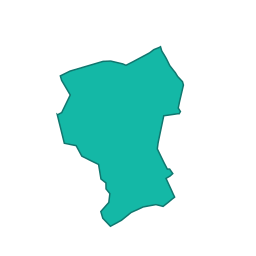 Um Rimta, White Nile, Sudan, rotated 141°
{"feature_id": "16777658B63870425694852", "entity_name": "Um Rimta", "entity_type": "district", "adm_level": 2, "iso_a3": "SDN", "parent_name": "Sudan", "parent_adm1": "White Nile", "projection": "albers", "projection_center": [31.887, 14.607], "detail": "fine", "context": "isolated", "style": "filled", "palette": "teal", "viewbox_px": 256, "rotation_deg": 141, "n_neighbors": 0, "source": "geoboundaries", "source_scale": "gbopen_adm2", "svg_char_len": 1125}
<svg xmlns="http://www.w3.org/2000/svg" viewBox="0 0 256 256"><g transform="rotate(141 128 128)"><path d="M174.5,183.0L178.1,175.4L181.5,168.1L187.1,156.2L179.4,146.9L181.6,135.2L177.4,125.9L173.8,118.2L181.1,105.4L179.7,99.2L183.4,94.5L183.4,88.4L189.8,82.2L201.7,80.2L204.4,73.7L203.5,62.7L191.1,60.4L178.8,60.4L165.9,57.1L160.7,54.3L154.5,50.9L151.4,46.8L150.1,45.0L143.8,44.9L137.8,45.0L135.3,44.9L135.2,45.1L134.6,47.7L133.2,53.0L130.2,64.9L125.5,64.2L121.9,64.4L121.8,65.7L121.5,69.6L121.5,69.9L123.3,71.3L121.9,78.2L120.4,84.7L118.4,93.3L114.2,97.3L113.6,97.8L112.3,98.9L110.8,100.1L106.9,103.3L99.4,109.4L92.5,115.0L88.5,112.6L83.1,109.4L81.4,108.4L80.4,107.8L79.3,106.9L76.9,107.8L76.4,111.9L73.1,114.6L71.3,116.1L68.7,118.1L57.9,126.5L56.5,129.7L57.0,136.8L56.8,138.4L56.4,141.2L56.4,142.5L56.4,144.8L56.3,150.2L55.0,155.8L54.5,158.1L54.0,161.3L53.3,166.6L51.6,170.7L52.9,170.9L58.4,172.6L59.4,172.7L63.8,172.8L82.6,176.4L90.1,178.0L91.8,181.2L99.3,190.9L105.5,195.5L137.2,208.7L147.8,211.1L149.6,206.8L152.1,190.0L169.8,181.7L174.4,182.6L174.5,183.0Z" fill="#14b8a6" stroke="#0f766e" stroke-width="1.5"/></g></svg>